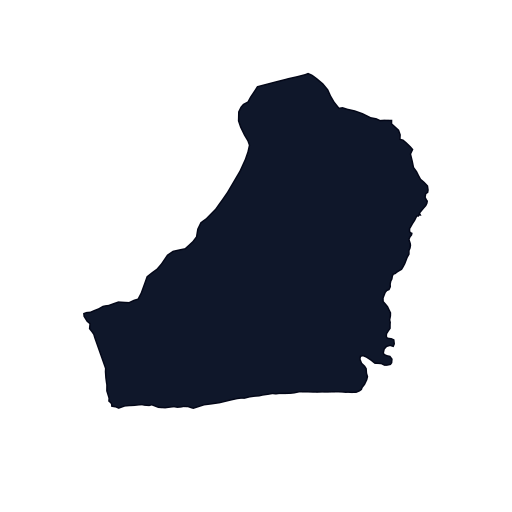 outline of Grand Cess Wedabo, Grand Kru, Liberia, rotated 342°
{"feature_id": "62588387B28167569470031", "entity_name": "Grand Cess Wedabo", "entity_type": "district", "adm_level": 2, "iso_a3": "LBR", "parent_name": "Liberia", "parent_adm1": "Grand Kru", "projection": "equal_earth", "projection_center": [-8.082, 4.634], "detail": "fine", "context": "isolated", "style": "filled", "palette": "ink", "viewbox_px": 512, "rotation_deg": 342, "n_neighbors": 0, "source": "geoboundaries", "source_scale": "gbopen_adm2", "svg_char_len": 3394}
<svg xmlns="http://www.w3.org/2000/svg" viewBox="0 0 512 512"><g transform="rotate(342 256 256)"><path d="M71.3,348.5L72.6,350.7L73.0,352.2L72.5,354.3L76.2,356.2L78.4,358.2L84.8,358.0L88.7,358.9L93.8,360.3L98.6,361.3L101.7,362.1L104.0,363.4L108.2,365.1L110.9,365.2L116.4,369.7L119.3,370.9L119.7,371.0L122.7,372.2L125.5,372.7L129.2,373.4L131.5,373.9L134.5,375.5L137.9,376.3L140.5,376.6L144.9,378.2L147.7,380.3L149.4,381.4L154.3,381.4L160.6,381.4L167.9,382.8L176.0,384.2L181.3,384.6L187.7,385.1L193.9,385.7L197.6,386.4L201.2,387.6L206.2,387.9L211.3,388.8L214.9,389.7L215.7,389.9L219.3,390.2L225.0,391.2L229.2,391.8L232.3,393.2L235.6,393.8L241.4,395.7L246.7,397.2L250.1,397.9L255.0,398.4L263.2,401.1L268.1,402.9L272.5,404.4L276.8,405.6L281.1,407.1L286.6,408.7L292.6,410.6L296.3,412.0L299.3,413.3L301.5,413.9L304.5,415.1L309.2,416.5L312.6,416.2L314.2,415.7L315.0,415.4L316.2,413.8L319.5,411.6L323.0,407.9L324.7,405.2L324.8,401.7L325.9,397.2L325.2,394.4L323.2,390.7L322.9,386.1L324.4,383.6L327.0,383.8L329.8,386.2L333.0,390.2L336.0,394.7L339.0,395.8L342.1,397.1L344.5,399.5L346.6,400.2L350.3,400.6L352.0,399.4L353.4,396.1L352.3,392.9L349.6,391.3L347.4,389.3L347.1,387.5L349.1,384.1L352.2,382.3L355.9,382.4L358.6,384.3L360.3,382.3L361.1,378.4L359.2,376.6L355.5,374.8L355.0,372.9L356.1,370.2L358.6,368.1L361.1,366.2L362.5,362.0L363.1,360.6L363.3,358.1L365.3,354.5L366.3,351.6L365.8,348.1L365.4,344.9L364.2,341.8L362.8,338.6L363.8,335.2L365.4,333.2L367.6,330.5L369.7,329.2L372.1,329.0L374.2,326.7L374.9,324.1L376.4,321.5L378.1,319.8L379.4,317.3L380.8,315.7L383.1,315.6L384.5,315.0L386.2,314.5L390.3,313.6L392.5,311.7L395.0,309.3L397.6,306.1L399.2,304.1L402.0,301.5L403.1,298.1L404.9,296.0L406.2,293.5L406.5,291.7L406.5,289.0L406.6,287.3L408.4,285.3L410.4,284.0L411.2,282.6L410.1,281.6L409.6,280.2L410.5,277.4L411.9,276.2L414.8,273.5L417.8,271.1L420.9,267.9L422.0,267.7L422.8,268.1L423.7,267.2L424.9,267.7L424.6,265.7L430.1,262.2L433.0,260.5L434.8,258.6L435.8,256.7L435.3,255.2L434.9,252.4L436.7,249.1L438.9,248.5L440.0,246.4L440.7,242.4L438.6,238.0L436.1,233.9L435.3,229.6L434.7,225.4L433.1,220.5L433.8,214.4L434.4,206.7L437.8,203.1L436.5,200.0L433.7,194.7L431.6,191.3L428.9,189.5L430.5,185.3L430.4,180.4L427.5,175.3L425.7,172.2L426.8,169.0L425.0,168.4L419.8,166.6L415.8,165.6L412.7,162.7L407.6,159.9L401.2,153.6L394.7,148.6L389.5,145.5L388.4,144.9L384.1,141.8L380.5,141.2L377.7,133.7L376.2,126.7L375.5,120.1L372.7,113.0L368.6,106.4L366.2,103.0L364.9,101.3L361.9,98.6L358.9,98.8L350.7,98.3L341.4,97.4L338.8,97.3L330.0,96.7L309.7,95.5L306.7,98.0L300.0,103.3L296.0,107.1L290.9,108.0L287.8,109.9L284.2,113.6L283.9,114.4L281.2,122.1L281.3,128.7L282.5,137.4L284.0,144.0L284.1,148.6L280.5,154.7L278.5,157.3L275.8,160.9L267.2,170.3L248.6,186.8L241.4,192.3L237.4,195.2L232.2,199.1L220.3,205.3L214.0,207.3L209.0,212.5L206.2,217.9L205.5,219.4L200.5,222.9L195.1,225.4L191.5,227.0L191.0,227.3L185.9,226.7L178.6,226.0L172.1,227.9L163.9,234.3L157.9,238.0L152.3,239.8L146.1,242.1L141.8,247.7L135.4,255.9L130.6,260.6L129.1,260.6L126.5,260.5L120.9,261.2L117.2,259.8L110.9,257.3L105.8,257.4L100.5,257.6L97.6,257.0L94.9,256.7L90.2,257.7L85.3,258.0L81.2,258.4L77.4,257.5L74.5,257.6L73.9,260.2L75.3,265.9L77.3,269.1L75.3,273.7L76.6,277.1L77.6,280.4L77.5,282.9L77.5,284.7L78.3,316.4L77.1,319.6L75.6,325.6L74.8,329.9L74.4,332.5L72.5,338.2L72.4,345.8L71.3,348.5Z" fill="#0f172a" stroke="#020617" stroke-width="1.5"/></g></svg>